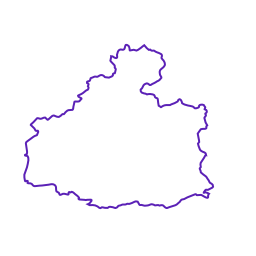 Quang Uyen, Cao Bằng, Vietnam, rotated 283°
{"feature_id": "81297802B42250510796537", "entity_name": "Quang Uyen", "entity_type": "district", "adm_level": 2, "iso_a3": "VNM", "parent_name": "Vietnam", "parent_adm1": "Cao Bằng", "projection": "orthographic", "projection_center": [106.453, 22.67], "detail": "fine", "context": "isolated", "style": "outline", "palette": "violet", "viewbox_px": 256, "rotation_deg": 283, "n_neighbors": 0, "source": "geoboundaries", "source_scale": "gbopen_adm2", "svg_char_len": 5795}
<svg xmlns="http://www.w3.org/2000/svg" viewBox="0 0 256 256"><g transform="rotate(283 128 128)"><path d="M194.1,95.4L193.6,95.6L189.6,95.7L189.0,96.3L186.4,100.3L185.9,100.9L185.0,101.3L184.1,101.4L183.6,101.7L183.3,102.3L182.8,102.7L182.3,102.9L178.9,102.9L178.4,102.8L178.1,102.0L177.5,101.3L177.0,101.2L176.1,101.4L175.7,101.4L174.6,100.6L172.8,98.1L172.4,94.6L172.4,94.1L172.7,93.5L173.3,92.7L173.5,92.1L173.7,90.9L173.5,89.7L172.8,88.6L171.3,87.0L170.9,86.3L170.8,84.8L170.5,83.8L169.1,81.9L168.4,80.7L168.0,80.4L166.3,80.3L165.5,80.1L165.3,79.9L164.6,79.0L164.3,78.2L163.9,77.8L163.3,77.8L162.6,78.0L162.2,79.3L162.0,79.6L161.4,79.8L159.7,79.5L158.8,80.3L158.3,80.5L157.2,80.5L156.3,80.2L155.2,78.8L152.0,76.3L150.7,75.0L148.6,72.3L148.3,72.1L147.7,72.4L147.4,72.7L146.9,74.1L146.5,75.8L146.0,76.1L143.2,74.6L142.7,73.8L142.3,72.5L142.0,70.8L141.6,70.0L140.9,69.9L139.8,70.0L136.5,70.0L134.7,70.2L133.8,70.1L133.2,69.8L132.0,66.0L131.2,64.9L129.1,63.4L127.9,62.9L127.1,62.4L126.8,61.1L126.1,60.5L124.8,59.7L123.3,58.2L123.1,57.5L123.0,56.1L123.5,53.0L123.2,52.2L122.5,51.3L118.9,48.8L118.0,48.0L118.0,47.6L118.6,46.5L119.5,45.0L119.4,44.5L119.0,43.5L117.7,41.7L117.2,40.4L117.3,39.2L117.3,37.9L117.0,37.2L115.8,36.5L112.5,34.6L109.6,32.6L109.1,32.6L106.5,36.9L104.8,38.4L104.6,38.9L104.6,39.5L104.9,40.0L105.0,40.7L104.8,41.0L104.0,41.4L100.7,40.9L100.4,40.7L99.6,39.4L98.4,38.0L92.7,33.1L91.4,32.1L90.4,31.9L89.9,32.0L82.5,34.9L81.3,35.2L80.0,35.3L79.5,34.9L78.9,34.0L78.5,33.7L78.2,33.8L78.0,34.1L78.1,35.9L77.8,36.7L76.4,37.6L74.2,38.2L70.5,38.4L67.0,38.4L59.2,37.5L56.4,38.2L53.4,39.5L53.1,39.8L53.1,40.4L53.8,41.3L53.8,42.1L53.6,42.3L53.1,42.4L51.9,42.5L51.7,43.2L52.1,45.2L51.9,46.7L50.8,48.2L50.4,49.0L50.3,49.7L50.4,50.4L52.0,55.0L52.6,57.1L54.9,63.4L56.0,65.9L56.2,66.7L56.3,67.9L56.2,68.5L55.7,69.9L54.8,70.8L54.0,71.2L51.5,71.9L50.4,72.4L50.1,72.7L49.7,73.9L49.4,75.1L47.7,76.4L47.6,76.7L47.7,77.3L49.3,79.5L49.6,81.0L49.6,84.3L49.8,84.8L50.3,85.0L51.2,84.7L51.7,84.7L52.2,84.9L52.4,85.4L52.3,86.6L53.1,87.4L53.1,88.4L52.6,89.7L51.7,91.3L50.5,93.9L49.7,95.2L49.2,95.8L48.8,96.0L48.1,95.7L47.8,95.8L47.6,96.1L47.4,96.6L48.2,101.7L48.3,103.2L48.8,104.2L49.8,108.0L49.5,108.7L48.8,108.8L46.2,107.6L45.2,106.7L44.7,106.0L44.2,108.0L45.0,111.1L45.2,113.5L44.7,116.0L43.8,117.9L43.7,119.0L43.9,119.4L44.8,120.3L45.0,121.2L45.0,123.3L45.5,125.9L46.0,126.6L46.6,127.0L47.0,127.7L47.2,128.2L47.4,131.1L47.2,132.8L47.2,133.6L47.3,134.0L47.6,134.4L48.4,135.4L49.2,135.7L49.9,136.1L50.2,136.5L51.0,138.2L51.9,139.4L52.2,140.0L52.8,142.4L53.1,143.1L54.0,144.3L54.3,146.2L54.6,146.8L55.8,148.7L57.4,150.7L58.0,151.6L58.3,152.3L58.4,154.0L56.0,156.2L55.7,156.6L55.7,157.2L56.1,158.6L56.0,161.4L56.3,162.6L56.8,164.1L57.3,165.3L58.7,167.4L59.0,168.1L59.1,169.2L59.0,170.5L58.7,171.4L58.8,172.2L59.4,173.7L59.7,174.8L59.5,176.2L60.2,177.5L60.4,178.2L60.5,179.1L60.3,179.9L59.2,181.7L58.8,182.8L58.7,183.5L58.9,184.2L60.2,186.1L63.2,191.2L63.8,192.0L64.7,192.9L66.6,194.2L67.4,194.9L69.3,195.7L69.9,196.1L70.4,196.6L71.4,198.7L73.8,201.5L78.5,208.3L78.7,208.9L78.6,209.3L78.1,210.0L78.1,210.4L79.2,214.1L79.2,214.8L78.1,218.4L77.8,219.9L77.8,220.4L77.9,221.2L78.1,221.4L78.6,221.6L79.9,221.3L81.5,221.3L82.1,221.7L82.6,220.2L82.8,217.9L82.1,216.9L82.0,216.4L82.3,216.3L84.6,217.2L85.4,217.9L85.7,219.8L88.9,223.6L89.9,224.1L91.7,223.3L92.5,222.0L93.0,220.3L93.7,219.5L95.0,218.5L96.7,216.6L97.6,215.8L98.4,214.7L99.6,211.9L101.1,209.0L102.7,208.3L104.2,207.2L104.8,207.0L106.3,207.7L108.8,206.8L110.4,206.7L116.1,208.8L118.3,209.4L118.9,209.7L119.1,209.9L119.1,210.2L120.5,209.5L120.9,209.1L121.4,208.0L121.7,205.9L122.3,204.1L123.1,203.0L126.2,200.9L128.5,199.7L130.3,200.5L131.9,200.0L138.2,197.2L140.0,197.9L143.1,199.2L143.5,199.9L144.0,201.2L144.3,202.6L144.8,203.8L145.4,204.3L145.9,204.3L146.9,204.0L147.3,204.0L148.4,204.6L150.8,202.4L154.9,200.2L155.4,200.2L157.5,201.1L158.2,201.0L159.0,200.2L159.5,200.1L160.3,200.8L161.0,201.1L161.7,201.1L162.6,200.7L163.1,200.2L163.4,198.8L163.6,198.4L165.1,198.6L165.6,198.6L165.9,198.3L166.6,197.4L167.4,196.7L167.5,195.3L167.2,194.0L166.6,192.9L165.8,192.3L165.0,192.4L164.1,192.3L163.5,191.6L162.7,190.3L162.4,189.5L162.3,188.6L162.6,188.0L163.1,187.3L163.5,186.1L163.5,183.3L163.4,181.5L163.6,177.7L164.2,175.5L164.4,175.1L165.3,174.7L166.7,173.7L167.3,173.0L167.6,172.2L167.6,171.7L166.8,170.8L165.0,170.4L162.7,167.8L160.8,164.9L159.8,163.8L159.0,160.2L158.3,158.5L157.5,157.3L156.7,156.4L155.8,155.6L155.7,155.3L156.3,154.1L156.6,152.9L159.2,151.8L162.3,150.7L163.3,150.2L163.6,149.5L163.7,148.3L164.1,147.5L164.6,147.1L165.5,146.6L166.0,146.0L166.3,144.6L166.1,141.8L165.4,139.6L165.0,139.0L165.4,137.3L165.3,135.9L165.6,133.5L166.5,132.3L167.5,131.9L168.2,131.7L168.8,132.0L169.3,132.4L170.1,132.8L173.0,133.5L174.2,134.2L175.1,135.3L175.7,136.3L175.7,137.2L175.4,138.2L174.8,139.4L174.9,140.0L175.1,140.5L176.4,141.8L177.4,143.1L178.8,144.7L179.9,145.7L180.9,147.0L181.9,147.9L184.4,149.2L185.1,149.0L186.3,147.9L187.1,147.2L188.9,146.5L190.1,146.2L191.5,146.3L192.5,146.8L195.3,148.9L197.2,149.7L198.1,149.7L199.0,149.4L200.1,148.9L201.8,147.4L202.4,146.4L203.6,145.0L204.3,144.8L205.8,144.9L206.6,144.6L207.3,144.0L207.6,143.1L208.1,140.9L208.2,139.7L208.6,137.6L209.2,136.2L209.2,135.7L208.7,133.8L208.8,133.2L209.4,131.9L209.3,131.7L208.9,131.1L208.8,130.8L210.0,128.4L212.3,125.2L210.8,123.9L209.2,122.7L206.5,120.3L205.4,118.9L205.4,118.0L205.5,116.0L204.0,112.5L204.2,112.2L204.5,112.0L205.6,111.7L207.0,111.0L208.1,110.1L208.5,109.0L208.7,108.4L208.6,107.5L208.3,107.1L207.5,106.9L204.9,106.8L204.0,106.6L203.3,105.9L203.0,105.0L202.9,103.3L202.3,102.2L201.5,101.5L200.2,101.0L196.8,100.8L195.5,101.3L194.2,101.5L193.5,100.8L193.4,100.3L193.5,99.1L194.3,96.9L194.1,95.4Z" fill="none" stroke="#5b21b6" stroke-width="2"/></g></svg>